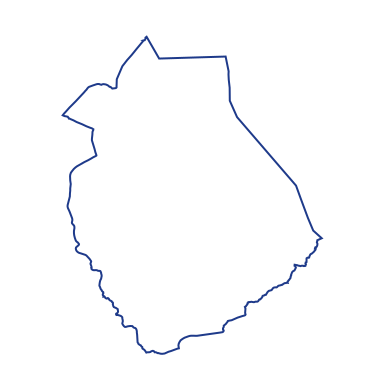 Soum, Soum, Burkina Faso, rotated 85°
{"feature_id": "67063806B70466570504467", "entity_name": "Soum", "entity_type": "district", "adm_level": 2, "iso_a3": "BFA", "parent_name": "Burkina Faso", "parent_adm1": "Soum", "projection": "robinson", "projection_center": [-1.051, 14.286], "detail": "fine", "context": "isolated", "style": "outline", "palette": "blue", "viewbox_px": 384, "rotation_deg": 85, "n_neighbors": 0, "source": "geoboundaries", "source_scale": "gbopen_adm2", "svg_char_len": 6011}
<svg xmlns="http://www.w3.org/2000/svg" viewBox="0 0 384 384"><g transform="rotate(85 192 192)"><path d="M104.3,314.1L104.7,313.4L105.0,312.9L105.3,312.3L105.6,311.1L106.2,309.2L106.9,308.9L107.6,308.4L108.1,308.2L108.0,307.8L108.5,307.2L110.3,303.8L112.2,300.9L114.9,295.6L117.3,291.5L118.9,288.3L119.9,286.1L120.7,285.1L120.9,284.8L121.8,285.0L122.6,285.5L123.5,285.9L125.9,286.2L130.5,287.1L131.8,287.2L140.8,285.3L143.9,284.8L147.1,284.0L147.4,284.1L147.7,284.6L148.8,287.4L149.8,289.4L151.3,292.7L152.8,296.6L156.3,304.2L157.4,306.0L158.8,307.8L161.0,309.9L162.3,311.0L164.2,311.8L165.7,312.1L169.8,312.3L173.5,312.1L177.9,313.0L180.2,313.2L182.7,313.7L185.9,314.1L194.1,317.0L195.2,317.2L196.0,317.2L197.2,317.0L200.8,315.7L207.8,313.7L209.2,313.6L209.9,313.7L210.9,314.0L211.9,314.3L212.6,314.3L213.9,313.5L214.8,312.7L215.6,312.3L216.6,312.2L217.9,312.3L220.5,313.0L222.8,313.2L225.1,313.1L227.5,312.7L230.2,312.0L230.8,311.7L231.6,311.0L232.4,310.1L233.7,309.3L234.1,309.1L234.7,309.3L235.4,310.0L236.2,311.2L237.2,312.4L238.4,312.7L239.7,312.5L241.0,311.9L242.1,310.8L242.8,309.8L243.5,308.0L245.4,303.6L246.1,302.7L249.7,299.9L251.1,299.1L252.0,298.6L252.4,298.5L252.7,298.6L254.1,299.2L254.7,299.4L257.3,298.7L258.4,298.6L259.0,298.7L259.0,298.9L260.2,298.7L260.7,298.1L261.2,297.3L261.4,296.1L261.4,294.9L261.6,293.6L262.2,292.7L262.5,291.5L262.5,290.9L262.7,290.5L262.8,290.2L263.8,289.8L264.5,289.6L265.3,289.6L266.8,289.3L267.8,289.3L270.5,290.1L271.9,291.0L273.5,291.6L275.5,292.1L277.1,292.4L277.7,292.3L278.9,291.8L280.1,291.6L280.8,291.3L281.5,290.9L282.0,290.5L282.3,290.5L282.8,290.3L283.5,289.7L283.8,289.6L284.0,289.2L284.4,289.2L284.8,289.1L285.1,289.1L285.7,289.6L286.7,289.9L287.0,289.8L287.4,289.4L287.7,289.3L288.6,289.4L288.4,288.4L288.8,288.1L289.9,287.6L290.3,287.2L290.8,286.1L290.7,285.7L290.4,285.5L290.3,285.2L290.4,284.9L290.6,284.7L291.2,284.1L291.8,284.0L292.4,283.6L292.8,283.2L293.5,282.0L293.9,281.5L294.5,281.4L295.0,280.7L295.3,280.5L295.6,280.4L296.0,280.4L296.7,280.7L297.5,280.5L298.7,280.4L299.8,279.9L300.6,278.5L300.7,278.1L302.2,276.2L304.7,276.1L305.2,276.3L305.6,276.5L306.3,277.1L306.4,277.8L306.7,278.2L307.3,278.3L307.7,278.2L308.0,277.9L308.0,276.8L308.6,275.2L309.2,273.8L310.0,272.9L310.7,272.4L312.4,272.4L313.3,272.2L314.7,272.2L315.7,272.5L316.8,272.9L317.9,272.6L319.6,271.6L320.5,270.7L320.6,270.3L320.6,269.5L320.2,267.6L320.1,265.1L320.3,264.1L320.3,263.4L320.5,263.0L320.8,262.8L321.8,262.1L322.0,261.8L322.6,260.4L323.2,259.8L323.8,259.5L324.5,259.3L325.8,259.1L327.3,259.2L329.4,259.1L336.9,259.3L337.4,259.1L337.7,258.8L337.4,258.7L338.4,258.7L338.9,258.4L339.9,257.2L340.3,256.4L341.4,255.9L342.0,255.1L342.6,255.0L343.2,255.1L343.6,255.0L343.9,254.7L344.9,253.4L345.8,252.7L348.0,251.5L347.8,250.6L347.9,248.6L347.8,247.8L347.7,247.3L347.1,246.4L346.9,245.5L346.8,244.8L347.4,243.7L348.4,243.2L348.4,242.6L348.5,242.0L348.9,241.2L349.5,240.4L349.5,239.5L349.8,239.0L350.1,238.0L350.3,237.6L350.5,236.5L350.6,235.3L350.5,233.3L349.1,229.3L348.6,226.8L346.8,220.2L346.6,218.7L343.6,218.9L341.9,218.4L340.5,217.6L338.8,216.3L337.5,214.2L336.5,212.1L335.4,208.0L335.1,206.2L335.2,204.1L335.7,199.7L334.5,176.5L334.3,174.0L334.2,173.7L333.9,173.1L333.2,172.6L332.6,172.5L332.1,173.0L331.5,173.1L330.5,173.0L330.0,172.7L329.7,172.4L328.9,172.1L327.9,172.0L326.5,169.9L325.5,169.0L324.6,168.1L324.3,167.9L323.7,167.6L323.4,166.2L323.2,163.7L321.1,157.5L320.0,152.7L319.7,151.0L319.5,150.2L319.3,149.7L318.6,149.3L318.2,149.4L318.0,149.5L317.0,149.6L312.7,148.9L312.2,149.1L311.5,149.1L311.1,149.3L310.8,148.9L310.5,148.2L309.9,147.8L308.7,146.6L308.2,146.4L307.9,146.5L307.7,146.5L307.4,146.1L307.3,145.9L307.1,145.5L306.7,145.5L306.6,145.1L306.6,144.5L306.7,144.0L306.6,143.1L306.5,142.6L307.1,140.4L307.1,139.3L306.8,138.6L306.8,138.1L306.9,136.9L306.9,136.3L306.6,135.7L306.2,135.3L305.8,135.0L305.1,134.5L304.8,133.9L304.9,133.3L304.4,132.8L304.1,132.5L303.8,132.0L303.2,131.6L302.7,131.1L301.8,130.8L301.5,130.3L301.3,129.0L300.8,128.2L300.9,127.4L298.2,125.4L297.2,124.1L296.7,121.3L296.3,121.0L295.7,120.4L295.3,120.1L294.7,119.5L294.4,118.9L294.2,117.4L294.4,116.3L294.3,115.8L293.0,114.2L292.8,113.6L292.8,113.0L292.5,111.2L292.3,111.0L292.3,110.1L291.4,108.9L290.8,107.3L290.9,106.3L290.6,105.5L290.8,104.6L290.4,104.7L289.5,104.5L289.3,104.2L289.1,103.9L288.6,103.7L288.2,103.1L287.8,102.9L287.5,102.4L286.8,102.0L286.3,101.4L286.0,101.3L285.2,101.2L284.6,101.0L283.9,100.5L283.4,100.6L280.7,99.3L280.1,98.7L279.7,98.2L279.1,96.8L278.9,96.6L278.4,96.4L277.3,95.6L276.5,95.2L276.2,95.1L274.8,95.8L274.7,95.8L274.4,96.3L273.4,96.1L273.5,95.7L274.0,94.0L274.2,93.2L274.6,92.7L274.8,91.7L275.3,90.4L275.1,89.7L275.0,89.0L275.1,87.9L275.5,87.2L275.4,86.9L275.6,86.1L275.5,85.6L275.3,85.3L274.7,85.3L274.4,85.2L274.1,84.9L273.9,84.8L273.1,85.2L272.8,85.0L272.1,84.9L272.0,84.5L271.9,84.1L271.6,84.0L268.3,83.7L268.0,83.6L267.6,82.9L267.5,82.5L267.5,82.3L267.7,81.4L267.5,81.0L266.5,80.7L265.5,80.1L264.9,79.8L264.3,79.3L264.0,78.7L264.0,78.4L263.8,78.0L262.8,76.7L262.6,76.3L260.4,74.1L259.4,73.7L258.9,73.6L258.9,74.4L257.9,74.0L257.8,73.8L257.6,72.8L257.3,72.5L256.2,71.9L254.9,71.6L254.1,71.6L253.3,72.0L252.6,71.9L252.0,71.5L251.0,71.4L249.4,66.8L241.0,74.6L227.9,78.8L208.6,84.1L194.7,87.8L121.3,140.6L104.4,146.4L91.4,145.4L83.5,145.6L78.1,145.4L75.0,145.0L60.0,146.7L56.2,213.1L33.4,223.7L34.1,224.8L34.6,224.6L34.9,224.6L35.1,224.8L35.2,225.0L35.8,225.4L36.0,225.5L36.5,225.7L36.7,226.0L36.8,226.5L36.7,226.8L36.8,227.3L36.9,227.1L44.5,234.6L50.2,240.1L54.9,245.1L60.6,250.4L73.1,257.1L81.3,258.1L81.8,258.7L81.9,259.4L82.0,262.4L80.2,264.0L80.1,264.3L80.1,264.8L80.0,265.0L78.8,266.1L78.1,267.1L77.4,268.4L77.1,269.5L76.9,270.4L76.8,271.0L76.9,271.5L76.9,272.0L77.3,272.9L76.9,274.1L76.5,274.7L76.3,275.6L76.2,276.5L76.3,277.6L76.6,278.9L77.2,281.4L78.3,285.4L78.9,286.4L79.9,287.4L80.8,288.1L81.9,289.4L83.4,290.9L91.3,299.7L97.2,306.7L100.7,310.4L102.7,312.6L104.3,314.1Z" fill="none" stroke="#1e3a8a" stroke-width="2"/></g></svg>